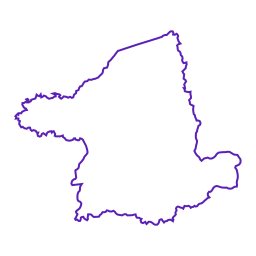 Montes Altos, Maranhão, Brazil
{"feature_id": "56859067B69615638482007", "entity_name": "Montes Altos", "entity_type": "district", "adm_level": 2, "iso_a3": "BRA", "parent_name": "Brazil", "parent_adm1": "Maranhão", "projection": "natural_earth1", "projection_center": [-47.061, -5.84], "detail": "fine", "context": "isolated", "style": "outline", "palette": "violet", "viewbox_px": 256, "rotation_deg": 0, "n_neighbors": 0, "source": "geoboundaries", "source_scale": "gbopen_adm2", "svg_char_len": 5436}
<svg xmlns="http://www.w3.org/2000/svg" viewBox="0 0 256 256"><path d="M172.7,31.4L170.9,31.3L169.8,31.9L166.7,35.0L164.9,35.0L162.8,35.9L161.7,37.0L160.0,37.4L158.4,38.0L136.5,44.8L117.8,51.0L115.4,54.1L114.4,55.6L112.8,57.4L110.8,59.9L109.2,61.3L108.3,62.2L108.0,65.1L107.0,67.6L104.0,68.2L103.1,69.8L102.7,72.6L101.7,74.0L100.0,75.5L98.2,77.5L95.1,78.8L93.7,79.0L91.5,79.8L88.7,79.6L87.4,81.1L84.7,81.6L83.4,83.4L82.6,84.9L81.7,86.2L80.3,86.3L79.3,87.6L78.5,90.0L76.1,91.1L76.1,93.1L74.1,94.6L73.3,97.2L71.9,97.9L70.1,96.8L68.0,97.7L66.7,96.9L63.7,96.4L62.5,97.7L61.2,98.7L60.1,97.9L59.0,96.8L60.3,95.2L59.3,94.4L56.9,93.9L55.0,93.1L52.9,93.6L55.7,94.9L55.7,96.4L54.4,96.6L52.7,97.9L49.0,98.7L47.2,97.7L45.7,96.2L43.8,95.6L42.8,96.7L41.3,97.4L40.7,94.4L39.4,96.2L38.2,95.9L36.6,94.6L36.1,96.5L35.4,98.5L31.2,99.8L30.8,101.2L29.7,101.8L28.3,101.7L27.0,102.5L25.5,101.9L24.2,102.9L22.5,103.0L22.3,104.6L23.2,106.3L24.3,107.9L26.1,108.7L26.8,110.0L25.4,110.2L24.2,110.7L22.1,111.8L21.2,113.3L19.9,113.2L18.4,113.3L18.3,114.8L17.3,114.2L15.4,116.2L16.4,117.1L15.8,118.6L17.1,118.5L18.4,118.5L18.4,120.4L19.9,121.1L19.4,122.5L19.2,124.1L20.3,125.8L21.2,127.3L22.7,126.8L23.6,127.7L24.8,128.4L26.8,128.7L28.4,127.6L30.0,127.6L30.7,129.9L31.9,130.9L33.4,130.1L35.7,130.8L36.8,132.5L38.2,132.6L37.5,134.0L37.9,135.9L39.7,136.6L41.2,135.9L41.8,134.0L43.3,133.2L44.7,134.2L46.2,135.3L46.9,133.2L48.3,131.9L49.7,131.5L51.1,131.2L51.8,132.6L52.6,131.5L53.7,131.2L54.5,132.8L55.2,134.0L54.7,135.8L56.0,136.4L57.8,136.3L59.8,136.4L61.5,136.0L62.8,135.5L63.0,137.0L64.9,138.3L65.8,139.7L67.3,140.4L69.4,140.7L71.0,140.4L72.7,139.9L73.8,138.5L75.0,138.3L75.5,139.6L76.7,139.8L78.1,140.4L79.3,140.0L80.1,138.3L81.9,138.9L82.8,139.7L86.0,145.8L86.4,147.0L87.4,150.7L87.5,152.9L86.2,154.8L84.5,156.6L83.3,159.3L81.5,161.6L80.1,163.1L79.2,164.1L78.8,166.7L78.5,168.0L77.2,169.3L75.5,170.2L75.4,171.6L75.9,175.4L76.2,177.5L75.4,178.9L73.6,179.5L72.0,181.1L71.4,183.7L72.3,185.1L76.8,184.6L81.8,184.0L80.6,185.8L80.0,187.5L80.0,189.2L79.5,191.1L78.2,192.3L77.5,194.9L77.4,197.3L77.6,199.7L78.4,201.0L80.2,201.8L81.3,203.3L81.1,205.1L80.4,206.9L79.7,208.2L78.7,209.2L77.3,210.2L76.0,211.5L76.4,213.0L77.5,214.3L76.7,215.8L75.9,217.6L75.0,218.9L75.7,219.9L77.2,219.6L78.7,221.0L80.1,220.9L80.8,219.1L80.9,217.6L81.9,217.0L83.3,216.8L84.2,218.4L85.4,219.3L87.1,220.2L87.9,219.1L87.7,217.6L87.9,216.3L88.1,214.3L89.6,214.3L91.3,214.6L92.4,215.9L93.8,217.0L96.1,216.8L97.7,216.8L99.1,216.6L99.8,215.1L101.4,214.0L102.5,212.2L104.4,212.2L105.8,211.8L106.8,210.4L108.2,210.7L109.6,211.4L111.7,211.5L113.5,210.8L114.9,211.8L115.9,213.3L117.1,214.3L118.5,214.8L120.3,215.0L122.0,215.4L123.4,214.6L124.6,214.2L126.2,214.3L127.4,215.4L128.6,215.3L130.2,215.3L132.5,215.1L134.2,214.6L135.6,214.4L136.1,216.4L136.8,217.6L137.9,217.8L139.2,217.8L140.4,218.6L141.5,218.9L140.6,220.5L141.2,222.4L142.9,223.1L144.1,222.5L145.3,221.9L146.5,224.0L147.5,223.1L148.6,221.8L150.2,221.8L151.3,222.2L152.8,223.2L153.9,224.2L155.3,224.7L157.3,224.6L158.3,223.5L159.0,222.1L159.4,220.2L160.7,219.4L161.8,219.4L162.6,220.8L164.0,222.5L165.2,221.3L167.1,221.0L168.1,220.0L169.8,219.7L171.4,220.1L172.9,221.2L173.4,219.5L172.6,218.3L173.5,216.8L174.5,216.0L175.8,214.5L175.4,212.8L175.9,211.5L176.6,210.4L176.0,208.7L176.5,207.4L177.8,206.6L179.0,206.8L180.2,207.5L182.0,207.8L183.3,208.7L184.0,207.1L184.5,205.9L185.9,206.2L187.6,206.1L188.7,205.8L189.8,206.5L190.7,207.8L192.1,207.0L193.4,206.8L194.5,205.8L195.5,206.5L197.1,206.2L198.1,204.9L199.1,203.9L200.8,203.5L202.4,202.8L203.9,201.4L205.1,200.2L206.2,199.4L207.5,198.1L209.4,197.4L207.9,195.6L207.8,193.5L209.0,191.8L210.5,191.8L211.7,190.7L212.7,189.2L213.5,187.7L215.0,186.5L216.8,186.0L219.0,186.6L221.7,187.5L223.8,187.6L225.4,187.7L227.0,187.7L228.4,188.5L230.7,188.7L232.5,188.2L233.7,187.2L234.9,186.7L236.8,186.6L237.0,184.8L236.7,182.5L237.2,180.0L237.6,178.6L237.8,176.9L237.7,174.6L237.1,171.5L236.6,169.6L235.2,167.7L235.7,166.1L237.7,165.3L239.3,164.4L240.4,162.7L240.6,161.0L240.4,159.3L239.5,158.0L238.6,156.8L237.5,155.0L233.9,154.5L232.1,153.4L230.7,152.6L229.7,151.9L228.2,151.8L226.9,151.9L225.5,152.1L224.1,152.1L222.2,152.2L218.8,152.6L217.7,153.2L216.4,154.5L215.6,155.8L214.3,157.1L212.5,158.2L211.2,158.6L209.6,158.5L207.7,157.6L204.1,158.5L201.5,160.8L200.3,159.6L199.5,157.9L198.8,156.8L197.4,155.8L196.5,154.7L195.3,152.9L194.4,150.9L195.6,148.6L196.0,146.4L196.2,145.0L196.7,143.7L196.9,142.2L197.1,140.8L196.4,139.5L195.9,137.9L195.8,136.0L196.0,133.0L197.0,131.5L197.2,129.9L197.8,128.2L198.4,126.0L200.2,124.6L200.5,123.0L199.7,121.1L198.2,120.5L196.6,120.6L196.1,119.0L195.2,117.1L194.8,115.1L193.8,114.1L193.4,112.1L193.1,109.5L193.3,107.9L193.5,105.8L191.1,104.8L189.9,103.9L189.8,101.9L189.1,100.1L191.0,98.0L190.9,96.0L190.4,94.2L190.5,91.7L188.8,92.1L187.5,91.9L186.0,91.6L184.8,91.2L184.7,89.5L183.8,88.1L185.0,88.1L184.7,86.2L184.2,84.5L185.1,82.8L186.1,81.5L185.4,80.0L183.6,78.7L183.9,76.5L184.2,74.2L183.4,73.4L182.4,71.4L183.4,70.6L184.4,69.4L185.6,68.3L186.0,66.1L186.6,64.5L186.4,62.4L184.9,62.9L183.6,63.1L182.4,61.4L182.1,60.0L182.6,58.6L182.2,56.5L180.8,55.0L180.5,52.9L179.8,51.6L178.3,50.7L177.7,49.3L177.6,47.4L177.1,45.4L178.4,44.2L180.4,43.6L179.3,42.4L178.3,40.7L177.4,37.8L178.2,36.1L177.6,34.8L176.6,33.8L174.7,34.8L173.1,34.5L173.4,33.0L172.7,31.4ZM28.3,101.7L28.4,99.7L27.4,98.9L26.2,99.4L27.1,100.4L28.3,101.7Z" fill="none" stroke="#5b21b6" stroke-width="2"/></svg>